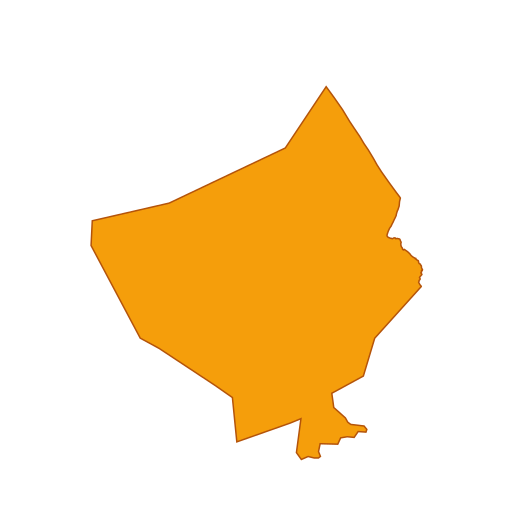 Tessalit, Kidal, Mali, rotated 18°
{"feature_id": "8926073B10282848961107", "entity_name": "Tessalit", "entity_type": "district", "adm_level": 2, "iso_a3": "MLI", "parent_name": "Mali", "parent_adm1": "Kidal", "projection": "natural_earth1", "projection_center": [1.279, 20.161], "detail": "fine", "context": "isolated", "style": "filled", "palette": "amber", "viewbox_px": 512, "rotation_deg": 18, "n_neighbors": 0, "source": "geoboundaries", "source_scale": "gbopen_adm2", "svg_char_len": 2804}
<svg xmlns="http://www.w3.org/2000/svg" viewBox="0 0 512 512"><g transform="rotate(18 256 256)"><path d="M295.2,438.7L340.2,404.3L349.0,396.8L355.2,430.5L362.0,435.5L367.5,430.6L373.8,430.1L377.8,428.8L379.2,426.7L375.9,422.7L375.0,414.7L391.9,409.7L392.7,402.8L398.6,399.7L405.4,398.2L407.4,391.4L415.0,389.5L415.0,386.7L411.3,384.3L404.1,385.7L398.2,386.9L394.6,385.7L391.1,382.4L386.4,380.3L376.8,376.1L370.5,363.1L395.2,337.0L394.3,297.5L422.6,234.0L422.4,233.7L422.1,233.4L421.9,233.3L421.4,233.0L420.7,232.6L419.9,231.8L418.9,230.9L418.8,230.6L418.8,230.3L418.8,230.1L418.9,229.7L418.7,229.1L418.7,228.6L418.8,228.4L419.0,228.2L419.2,227.7L419.2,227.2L418.9,226.6L418.6,226.4L418.4,226.3L418.2,226.1L418.2,225.8L418.3,225.4L418.4,224.8L418.7,224.2L419.0,223.7L419.1,223.2L419.5,222.5L419.4,222.1L419.0,221.9L418.8,221.6L418.3,221.4L418.0,220.9L418.1,220.6L418.3,220.3L418.4,219.9L418.4,219.6L418.0,219.3L417.9,219.1L417.9,218.8L418.1,218.3L418.3,218.1L418.6,218.1L418.6,217.9L418.6,217.6L418.4,217.4L418.1,217.1L417.9,217.0L417.6,216.6L417.3,216.3L417.2,216.2L416.9,215.8L416.7,215.4L416.5,214.6L416.2,214.2L415.6,214.0L415.3,213.5L415.0,213.1L414.7,212.9L414.0,212.9L413.7,212.8L413.3,212.5L412.9,212.2L412.6,211.7L412.4,211.3L412.1,210.7L411.9,210.4L411.6,210.3L411.4,210.2L411.0,210.3L410.6,210.1L410.1,209.9L409.7,209.8L409.3,209.7L409.0,209.2L408.8,209.0L408.7,209.1L408.4,209.3L408.1,209.3L407.9,209.0L407.7,208.8L407.0,208.8L406.1,208.6L404.8,208.2L403.6,207.7L403.0,207.4L402.4,206.9L401.9,206.5L400.9,206.1L400.4,205.7L399.4,205.3L398.4,204.9L396.0,204.2L395.5,204.0L395.2,203.9L394.8,203.9L394.7,204.1L394.5,204.6L394.0,204.6L393.4,204.4L393.0,203.8L392.9,203.6L392.7,203.2L392.4,203.0L391.8,202.6L391.2,202.0L390.5,201.0L390.1,200.0L390.0,199.7L389.8,199.3L389.9,198.9L389.9,198.5L389.8,198.2L389.4,197.6L388.8,197.1L388.6,196.8L388.4,196.6L388.3,196.4L387.7,195.7L387.3,195.5L387.0,195.5L386.5,195.5L385.8,195.6L385.1,195.6L384.4,195.9L384.0,196.1L383.7,196.3L383.4,196.3L382.8,195.8L382.4,195.9L382.0,196.0L381.4,196.3L380.8,197.0L380.5,197.3L380.1,197.5L379.4,197.4L379.1,197.4L378.5,197.6L377.3,197.5L376.1,197.4L375.3,197.1L374.5,196.5L374.2,195.9L374.1,195.1L374.1,194.9L374.1,193.3L374.1,192.5L374.1,191.9L374.3,189.9L374.5,188.3L374.7,187.6L375.3,185.8L375.4,184.7L375.6,183.1L375.9,181.5L376.2,178.7L376.5,176.9L376.8,174.2L376.7,173.6L376.6,173.2L376.5,171.2L376.5,169.1L376.7,168.3L376.7,164.2L375.7,159.9L375.4,156.3L374.5,155.5L371.1,153.1L370.2,152.5L359.8,145.0L349.5,137.3L343.0,132.0L337.4,126.8L330.0,120.4L323.8,115.6L317.9,110.4L309.7,104.0L303.5,99.1L293.1,90.1L281.2,81.1L270.4,73.3L250.5,144.2L192.7,198.8L157.1,232.5L89.4,273.1L95.9,297.0L171.3,369.9L192.3,373.8L256.6,391.6L277.3,397.9L295.2,438.7Z" fill="#f59e0b" stroke="#b45309" stroke-width="1.5"/></g></svg>